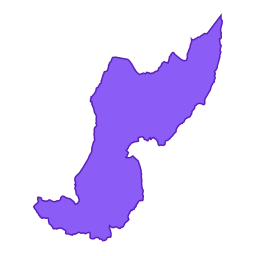 the district of Paute, Azuay, Ecuador
{"feature_id": "8360857B51005001809557", "entity_name": "Paute", "entity_type": "district", "adm_level": 2, "iso_a3": "ECU", "parent_name": "Ecuador", "parent_adm1": "Azuay", "projection": "equal_earth", "projection_center": [-78.747, -2.747], "detail": "fine", "context": "isolated", "style": "filled", "palette": "violet", "viewbox_px": 256, "rotation_deg": 0, "n_neighbors": 0, "source": "geoboundaries", "source_scale": "gbopen_adm2", "svg_char_len": 5800}
<svg xmlns="http://www.w3.org/2000/svg" viewBox="0 0 256 256"><path d="M33.8,206.5L33.8,207.1L34.7,208.6L36.4,210.7L37.0,212.3L38.3,213.5L38.5,214.1L38.9,214.7L39.0,215.3L39.8,215.8L40.2,216.9L40.9,217.0L41.4,218.0L42.6,218.3L43.9,217.6L45.7,218.3L47.6,218.0L47.9,218.1L48.4,218.9L48.7,221.8L49.3,223.8L50.8,224.9L52.2,226.6L53.4,228.8L55.8,228.6L56.6,228.7L56.9,229.0L58.3,228.2L61.3,228.1L65.5,230.5L65.8,231.4L65.7,233.3L66.7,234.0L67.8,233.7L72.3,235.2L73.4,233.9L73.9,233.9L74.8,234.3L75.4,234.1L78.6,232.3L79.4,232.4L81.2,233.3L83.4,232.8L85.2,233.7L85.8,233.6L87.6,232.6L89.3,232.5L89.7,232.6L89.9,232.9L90.2,234.1L90.0,236.8L90.1,237.6L91.1,238.6L93.9,238.8L95.5,237.6L97.4,237.4L98.7,237.9L99.6,239.1L100.7,239.0L101.4,239.2L102.0,239.6L102.6,240.6L103.1,240.6L105.4,240.3L106.1,239.6L107.0,238.2L107.7,237.5L109.2,237.0L110.3,237.2L110.8,236.8L111.0,236.4L111.0,233.2L109.4,227.5L109.4,226.7L109.6,225.7L110.4,226.5L112.3,227.6L114.2,227.5L115.5,226.7L116.1,226.9L116.7,226.8L118.2,227.9L119.3,228.4L119.9,228.4L120.7,228.0L121.4,227.1L122.2,227.3L123.1,226.6L124.3,224.8L124.7,223.6L125.4,222.6L127.2,221.3L128.7,219.7L128.9,219.3L128.5,218.9L128.2,217.9L128.2,217.4L128.0,216.8L128.1,215.8L128.7,214.7L128.8,213.7L129.1,213.4L129.5,213.3L129.8,212.3L131.0,210.3L131.3,210.1L131.6,210.5L132.0,210.4L132.6,209.6L133.5,209.5L134.1,209.1L134.5,208.2L134.5,207.5L135.1,207.4L135.5,206.8L136.0,206.5L136.2,205.2L136.4,204.6L137.0,204.1L137.8,202.6L139.4,200.5L140.7,200.7L141.3,200.4L142.4,200.6L142.7,200.4L143.0,199.7L143.0,198.1L143.3,196.4L143.2,195.6L142.6,194.7L142.7,193.3L143.1,191.9L143.1,190.0L142.2,188.8L142.0,187.0L141.7,186.4L141.7,184.3L141.5,183.6L141.8,181.2L141.3,176.4L141.5,173.7L141.0,172.8L141.1,170.7L140.1,166.8L138.1,160.8L136.1,159.2L132.9,156.0L132.4,156.2L130.2,157.7L126.1,157.6L125.8,157.3L127.0,156.0L128.4,152.6L126.2,150.3L127.7,148.8L128.7,146.5L131.3,143.2L134.9,141.7L138.3,141.3L138.4,141.2L138.5,140.6L138.2,138.3L138.3,137.8L138.6,137.5L139.2,137.5L141.2,136.8L143.1,137.0L143.7,137.6L144.2,139.1L144.6,139.5L145.5,139.5L147.0,140.5L147.8,140.8L149.9,137.7L150.4,137.9L150.5,138.3L150.5,138.8L150.8,139.4L151.1,139.4L151.3,138.7L151.5,138.5L153.9,137.4L154.1,137.5L154.5,138.5L155.6,138.9L156.1,139.5L156.6,139.8L157.7,141.9L158.3,144.5L158.8,145.2L159.4,145.5L161.0,144.9L163.1,145.4L164.4,145.0L164.9,144.4L165.1,143.6L165.1,141.9L165.5,141.2L166.2,140.7L167.9,140.2L168.4,139.9L169.1,138.9L170.1,138.5L170.8,137.3L172.3,136.0L174.8,132.8L175.7,132.2L176.0,131.7L176.1,129.9L177.2,127.3L178.3,126.1L178.6,125.3L179.6,124.8L180.8,123.5L182.2,123.4L182.9,122.6L184.0,121.8L184.7,120.0L185.4,118.8L186.7,118.3L188.0,117.4L189.4,117.1L190.3,116.2L191.7,113.5L191.9,111.5L194.5,108.4L194.9,105.9L195.1,105.7L196.2,105.2L197.0,104.1L198.9,103.4L200.1,103.4L201.5,103.7L203.4,104.6L204.0,104.5L204.5,104.1L204.8,102.9L204.7,100.1L205.0,98.9L210.4,89.7L211.1,86.7L213.0,82.9L213.9,82.4L214.2,81.9L214.4,81.4L214.2,80.1L215.0,78.6L215.1,78.0L215.0,76.9L214.4,75.8L214.6,75.3L215.0,74.8L215.2,73.9L215.2,73.2L214.5,71.9L214.5,71.3L214.7,71.0L215.5,70.6L217.1,67.9L217.2,66.7L217.9,63.5L218.6,61.8L219.1,59.3L219.8,57.1L219.8,55.1L220.9,51.9L220.1,50.8L220.0,49.8L221.2,45.6L221.2,45.3L220.5,44.9L220.0,43.9L220.0,41.9L219.7,41.3L219.5,39.3L219.7,38.8L220.4,38.9L221.1,38.1L221.2,37.7L221.3,36.6L221.0,35.3L221.3,33.0L220.7,31.6L220.6,29.7L220.9,27.4L221.8,24.5L222.2,22.8L222.1,20.6L221.2,19.4L221.0,18.6L221.0,15.4L207.2,33.6L206.6,33.7L205.0,33.5L204.3,33.7L202.1,35.2L201.3,35.5L200.2,36.8L197.9,37.2L196.6,38.3L195.3,38.8L194.0,39.8L193.4,39.9L192.4,39.5L191.7,39.6L191.5,39.3L191.6,41.4L191.5,42.2L190.4,44.8L189.9,48.0L188.8,50.0L188.2,52.2L187.3,54.0L187.3,58.1L186.8,59.0L186.8,59.7L186.0,60.4L184.7,60.7L184.1,60.7L183.0,60.4L181.1,59.5L175.2,54.7L173.5,52.5L172.6,52.6L171.5,53.7L170.9,54.6L170.8,55.5L169.7,56.4L169.4,57.2L169.4,58.0L168.6,61.1L168.1,62.0L167.9,63.1L164.2,61.8L163.5,62.0L162.0,63.4L161.1,65.7L160.2,66.9L158.8,67.9L157.9,70.7L155.1,71.6L153.2,73.1L152.1,73.0L150.6,73.7L150.0,73.3L149.4,73.3L148.9,72.7L148.1,72.8L146.9,72.3L146.6,72.4L145.5,73.8L143.2,73.1L141.3,74.0L139.6,74.4L137.6,73.1L136.0,71.3L134.2,68.5L131.7,64.0L129.5,61.1L128.7,60.2L127.6,59.4L115.7,57.2L112.6,57.5L111.7,59.4L111.2,61.1L109.5,62.9L109.3,64.2L108.7,64.9L108.3,68.1L107.8,69.1L107.7,70.0L107.1,71.0L105.4,71.6L104.5,71.7L104.2,72.0L104.0,72.9L103.0,75.3L101.7,79.9L101.1,81.1L101.3,82.5L101.0,83.4L100.0,83.8L99.6,84.4L98.5,86.5L98.0,87.3L96.4,88.1L95.9,90.8L94.6,93.4L92.1,96.3L90.9,97.1L91.0,97.7L91.3,98.2L91.2,98.6L90.5,99.2L90.6,100.0L90.4,101.5L90.6,101.7L91.8,101.7L92.0,101.9L92.1,102.4L91.8,103.0L92.1,103.9L91.9,104.1L91.8,104.8L92.1,104.2L92.4,105.4L93.7,108.5L94.5,112.4L96.1,115.3L96.4,116.2L96.2,119.0L96.3,121.9L95.9,123.3L96.5,124.3L96.7,125.1L95.8,126.8L94.7,127.6L94.3,129.3L94.2,130.2L94.4,131.2L94.0,134.2L94.4,136.8L94.6,140.6L93.6,141.9L92.7,144.8L91.9,148.0L91.8,151.0L91.2,152.7L89.5,155.5L88.2,158.8L83.0,167.6L79.3,173.2L77.3,174.9L75.4,177.1L75.1,177.9L74.9,179.0L74.8,180.1L74.9,180.6L75.7,182.0L75.4,182.6L75.5,183.3L75.3,183.7L75.3,184.3L75.7,185.0L75.1,184.9L75.4,185.5L75.5,186.0L74.9,188.2L75.9,191.2L76.3,194.4L78.1,196.0L78.5,197.8L79.0,198.9L79.3,200.9L78.4,202.0L77.8,203.2L77.0,203.8L75.5,204.0L75.3,204.2L74.1,202.1L72.1,200.3L70.1,198.8L66.4,197.9L63.8,196.3L62.6,196.2L61.7,196.6L60.7,197.9L60.7,198.7L60.0,200.0L59.4,200.6L58.7,200.9L58.1,200.7L57.3,201.0L56.5,200.9L55.6,201.6L54.1,201.7L52.1,201.3L50.5,200.2L49.3,199.9L48.3,200.4L47.0,201.4L46.5,201.0L45.7,201.2L44.8,201.1L44.2,200.7L43.1,200.8L42.0,200.3L41.1,197.9L40.2,197.5L39.5,197.7L39.1,197.3L38.0,197.2L37.9,197.3L37.6,198.9L38.0,200.6L38.4,201.5L38.3,202.1L36.8,203.6L35.4,204.6L33.8,206.5Z" fill="#8b5cf6" stroke="#5b21b6" stroke-width="1.5"/></svg>